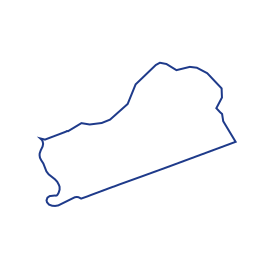 Sarpy, Nebraska, United States of America (Natural Earth projection), rotated 160°
{"feature_id": "52423323B27146755519961", "entity_name": "Sarpy", "entity_type": "district", "adm_level": 2, "iso_a3": "USA", "parent_name": "United States of America", "parent_adm1": "Nebraska", "projection": "natural_earth1", "projection_center": [-95.999, 41.093], "detail": "fine", "context": "isolated", "style": "outline", "palette": "blue", "viewbox_px": 256, "rotation_deg": 160, "n_neighbors": 0, "source": "geoboundaries", "source_scale": "gbopen_adm2", "svg_char_len": 971}
<svg xmlns="http://www.w3.org/2000/svg" viewBox="0 0 256 256"><g transform="rotate(160 128 128)"><path d="M31.6,78.2L36.2,101.8L34.8,109.0L36.1,111.4L38.2,116.4L29.3,124.5L26.5,133.2L34.8,152.4L42.7,161.1L49.0,164.3L62.7,165.8L70.0,175.0L75.7,178.4L80.3,177.7L105.9,166.4L120.1,150.7L142.0,142.0L151.0,141.7L162.8,144.4L170.1,148.5L185.5,145.5L185.9,145.8L186.3,146.0L186.9,146.0L187.4,145.8L210.0,145.5L214.0,148.2L213.0,146.2L212.8,144.5L213.2,142.1L214.6,139.8L217.6,136.9L219.7,134.3L220.4,132.7L220.9,130.2L220.6,127.5L219.7,123.6L219.5,115.1L218.4,111.6L214.2,104.8L212.9,101.7L212.4,98.2L212.4,96.2L213.3,93.6L213.4,93.4L215.3,90.9L217.1,89.4L218.0,89.0L218.9,89.1L219.9,89.6L224.9,90.8L227.5,90.1L229.3,87.9L229.5,85.9L228.4,83.0L225.9,80.9L223.2,79.7L220.0,79.1L201.7,81.1L199.7,80.7L198.2,79.9L196.2,77.7L189.5,77.6L186.1,77.7L162.5,77.9L161.2,77.8L155.2,77.9L131.8,77.8L100.4,77.8L84.8,77.9L31.6,78.2Z" fill="none" stroke="#1e3a8a" stroke-width="2"/></g></svg>